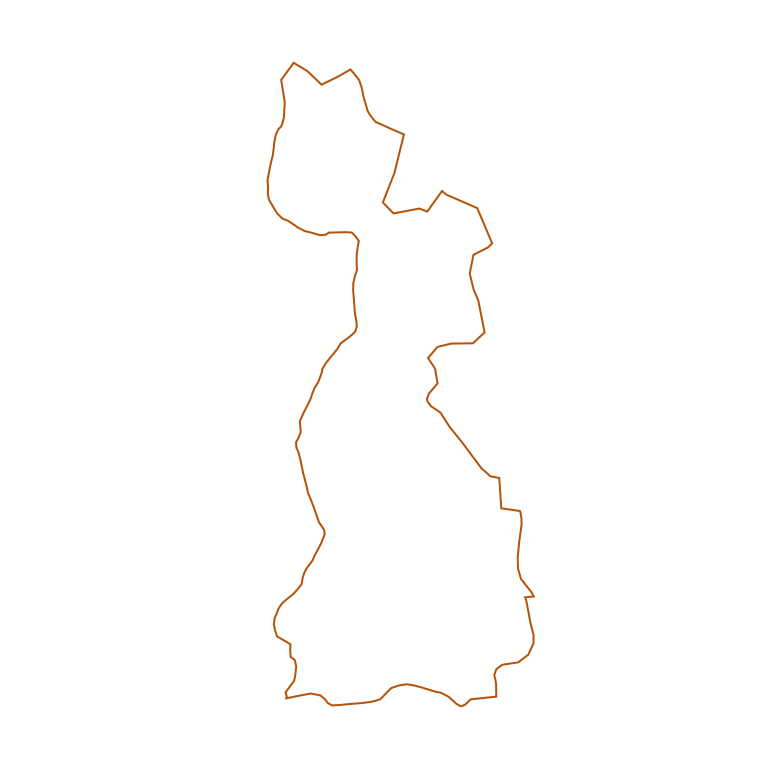 outline of Ipokia, Ogun, Nigeria, rotated 355°
{"feature_id": "59680162B19485775159758", "entity_name": "Ipokia", "entity_type": "district", "adm_level": 2, "iso_a3": "NGA", "parent_name": "Nigeria", "parent_adm1": "Ogun", "projection": "robinson", "projection_center": [2.781, 6.657], "detail": "fine", "context": "isolated", "style": "outline", "palette": "amber", "viewbox_px": 768, "rotation_deg": 355, "n_neighbors": 0, "source": "geoboundaries", "source_scale": "gbopen_adm2", "svg_char_len": 2796}
<svg xmlns="http://www.w3.org/2000/svg" viewBox="0 0 768 768"><g transform="rotate(355 384 384)"><path d="M425.7,137.2L415.7,131.8L398.4,122.1L394.5,116.5L391.6,111.0L388.7,96.5L387.5,86.2L385.6,78.8L378.1,67.7L364.9,73.8L347.9,80.4L334.9,65.6L322.0,56.2L308.1,72.1L309.7,94.8L308.5,102.8L307.7,109.1L305.2,116.3L303.6,118.9L301.2,120.7L298.0,126.1L295.6,134.2L294.7,139.5L293.1,146.7L290.6,153.9L288.2,161.9L285.7,170.9L285.7,177.2L284.8,185.2L285.6,190.6L289.4,198.7L292.6,205.0L297.3,210.4L302.8,213.1L308.3,217.6L311.4,220.3L318.5,224.8L324.0,226.6L333.5,230.2L338.3,230.2L339.0,230.2L342.2,228.4L358.8,229.4L365.1,230.3L368.2,233.9L371.4,239.3L369.7,245.5L368.1,252.7L367.2,261.7L367.1,268.0L364.7,273.3L362.3,280.5L362.1,281.8L361.4,288.6L361.4,295.7L361.3,304.7L361.2,311.9L361.9,318.1L361.9,324.4L359.5,329.8L352.9,334.6L344.3,339.8L340.8,344.8L336.0,349.8L331.6,354.2L327.9,358.2L324.0,363.4L323.1,366.9L321.4,370.7L318.7,376.3L315.3,380.8L314.7,381.6L312.3,386.1L309.1,393.3L305.0,399.9L300.5,407.2L296.9,414.0L296.9,424.6L293.7,430.9L291.3,434.4L291.2,438.2L291.2,439.8L292.8,444.3L293.5,448.8L294.3,453.3L295.0,459.6L295.7,465.8L296.5,470.3L298.0,479.3L298.7,485.6L301.0,492.7L303.3,500.8L305.6,509.8L307.2,516.1L310.3,521.5L311.8,525.1L311.8,528.6L307.8,536.7L303.8,543.0L299.7,549.2L297.3,553.7L294.1,557.3L290.9,560.8L288.5,564.4L286.1,569.8L284.5,576.1L280.5,580.5L275.7,585.0L265.3,592.1L262.2,594.8L258.9,599.3L257.3,602.9L254.9,607.3L253.3,613.6L254.0,619.9L255.5,626.2L265.8,633.4L268.1,635.2L267.3,641.4L267.2,647.7L271.1,651.3L271.9,657.6L271.1,661.8L270.2,666.6L268.6,671.9L265.4,675.5L261.4,680.0L259.0,682.7L259.9,686.6L259.2,688.6L272.2,687.1L284.2,686.0L293.5,688.7L296.3,691.5L297.7,692.9L300.0,696.7L304.3,699.7L312.3,699.9L320.9,699.8L333.6,699.9L343.3,699.5L348.1,698.8L353.0,697.6L363.4,688.6L364.3,688.0L365.1,687.4L366.3,687.1L373.0,685.6L380.6,685.1L387.9,687.0L394.8,689.5L397.1,690.4L407.1,694.5L414.2,696.7L421.5,701.5L428.1,708.8L432.1,711.6L432.7,711.8L436.9,710.5L442.6,705.9L443.0,705.7L468.6,705.2L469.5,692.9L469.2,688.3L468.5,683.4L471.1,677.8L477.4,674.0L493.5,673.0L504.2,666.2L510.3,655.5L511.1,647.3L509.1,635.1L507.4,617.6L506.8,611.9L505.9,608.8L514.7,608.7L512.8,604.3L503.4,590.1L501.4,579.3L502.1,568.4L505.1,552.2L508.7,536.6L509.2,530.2L508.8,524.1L508.2,522.3L490.0,518.1L490.6,487.7L482.0,485.2L473.8,476.6L465.6,463.4L457.0,449.4L445.6,432.4L437.7,417.4L428.8,410.1L426.1,405.6L425.4,402.8L428.1,397.3L437.4,388.0L436.2,373.1L430.1,361.9L440.5,351.7L454.5,349.6L476.1,351.2L488.7,341.4L485.2,308.9L481.6,297.9L479.0,281.6L484.4,263.1L499.5,257.0L504.0,253.3L492.2,216.9L462.8,200.9L458.6,196.8L442.1,216.0L434.6,212.3L408.4,214.9L398.7,203.1L412.8,174.6L425.1,138.6L425.7,137.2Z" fill="none" stroke="#b45309" stroke-width="2"/></g></svg>